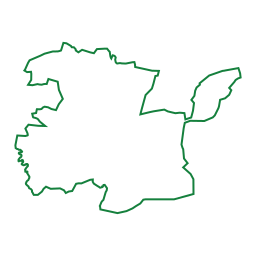 outline of Gaya, Kano, Nigeria
{"feature_id": "59680162B19536521240899", "entity_name": "Gaya", "entity_type": "district", "adm_level": 2, "iso_a3": "NGA", "parent_name": "Nigeria", "parent_adm1": "Kano", "projection": "albers", "projection_center": [8.975, 11.819], "detail": "fine", "context": "isolated", "style": "outline", "palette": "green", "viewbox_px": 256, "rotation_deg": 0, "n_neighbors": 0, "source": "geoboundaries", "source_scale": "gbopen_adm2", "svg_char_len": 4200}
<svg xmlns="http://www.w3.org/2000/svg" viewBox="0 0 256 256"><path d="M29.6,60.3L28.1,62.8L25.1,69.5L24.4,70.5L27.1,72.1L31.0,71.8L31.3,73.8L31.2,79.9L28.1,84.8L32.5,85.2L37.5,84.1L39.4,84.5L41.7,84.7L43.8,84.1L45.8,83.9L46.7,84.0L48.4,79.0L56.3,81.3L57.7,81.7L58.9,89.9L62.8,98.9L58.8,104.2L56.0,110.1L51.4,109.0L48.1,107.3L44.6,106.7L42.9,107.5L41.5,109.0L39.8,109.3L36.9,109.2L36.8,109.5L36.1,113.0L32.2,113.7L33.0,117.0L33.3,117.4L35.3,117.9L36.7,118.4L37.9,119.1L39.9,121.7L45.2,126.0L38.3,125.8L28.5,124.7L27.6,125.8L27.1,126.5L26.2,127.5L25.4,128.6L27.5,133.3L27.8,135.1L27.6,135.4L26.1,135.8L25.4,136.0L17.3,135.5L15.4,145.3L15.7,148.1L16.2,148.4L16.7,148.8L17.2,149.0L17.7,149.0L18.0,149.2L18.4,149.4L18.7,149.6L18.9,149.8L19.1,149.8L19.6,149.8L20.3,149.8L20.8,150.2L21.4,150.8L21.6,151.1L21.8,151.2L22.0,151.4L22.1,151.6L22.0,151.8L21.8,152.0L21.6,152.0L21.2,152.0L20.9,152.1L20.5,152.2L20.2,152.4L19.9,152.4L19.5,152.4L19.3,152.5L19.1,152.6L18.9,152.8L18.8,153.3L18.9,153.6L19.3,153.7L19.4,153.9L19.7,154.2L20.0,154.3L20.3,154.5L20.6,154.5L20.9,154.6L21.2,154.6L21.3,154.9L21.5,155.3L21.5,155.9L21.3,156.6L21.0,157.0L20.5,157.4L19.9,157.7L19.7,158.0L19.4,158.5L18.7,159.3L18.5,159.8L18.5,160.3L18.6,160.7L18.5,161.0L18.8,161.3L19.1,161.2L19.5,160.9L20.0,160.8L20.5,160.8L21.2,160.8L21.6,160.9L21.8,160.6L21.9,160.2L22.1,159.9L22.4,160.0L22.7,160.1L22.8,160.4L23.0,160.7L23.1,161.1L23.2,161.6L23.1,162.1L22.7,162.6L22.4,163.0L22.1,163.2L22.0,163.6L21.8,163.8L21.7,164.1L21.8,164.4L22.1,164.5L22.3,164.6L22.8,164.9L23.3,165.2L23.7,165.2L24.3,165.1L24.8,164.9L25.1,164.8L25.3,164.6L25.3,164.4L25.5,164.3L25.8,164.6L26.1,164.6L26.3,164.5L26.7,164.3L26.8,164.0L27.2,164.0L27.6,164.3L27.9,164.7L27.9,166.0L27.6,166.4L26.9,167.1L26.2,167.9L25.8,168.8L25.2,169.3L25.1,169.7L25.2,170.3L25.4,171.0L25.3,171.6L25.6,171.7L26.0,171.6L26.6,171.5L27.3,171.6L27.5,172.0L27.3,172.6L27.0,172.8L29.4,176.7L29.3,177.3L29.4,177.8L29.1,178.2L28.8,178.9L28.6,179.5L28.2,180.2L27.5,180.6L27.1,181.0L26.5,181.7L26.3,182.7L25.9,183.1L25.9,183.7L26.1,184.3L26.7,184.9L27.2,185.4L27.8,185.9L28.5,186.5L28.7,187.0L29.0,187.9L29.3,188.3L29.8,188.5L30.8,189.0L31.6,189.8L32.0,190.5L32.0,191.2L32.0,191.8L32.6,192.6L33.3,194.1L33.8,194.9L37.8,194.9L41.9,191.6L43.6,188.8L46.0,186.7L50.7,188.8L60.1,188.4L64.0,190.3L65.8,193.0L68.8,191.5L72.2,191.0L73.9,187.9L76.1,183.8L78.7,183.3L81.4,183.4L88.2,180.6L90.2,179.8L92.8,179.5L92.7,181.7L93.8,183.6L97.3,185.9L99.0,186.9L100.1,187.7L100.9,187.5L102.3,187.1L102.2,186.5L102.8,186.4L103.2,186.0L103.3,185.4L103.5,185.0L104.7,184.9L106.6,187.6L107.0,188.2L106.9,189.1L106.7,190.4L105.7,192.1L103.4,199.9L103.0,200.3L102.6,200.6L102.5,200.8L102.1,201.2L101.6,201.9L101.3,202.4L101.0,203.2L100.5,204.4L100.2,205.2L99.8,206.0L100.0,206.4L100.1,206.7L100.4,209.4L117.5,213.1L126.5,211.1L132.5,208.4L136.1,206.0L140.3,203.5L143.3,199.7L145.7,199.3L174.2,199.3L193.5,194.0L193.4,179.2L190.6,174.0L183.2,167.4L187.6,163.2L184.0,158.5L183.2,149.2L182.5,147.8L181.5,144.6L183.7,128.1L184.8,122.8L190.2,120.8L204.3,121.0L212.8,117.4L214.8,115.4L218.4,108.2L219.0,106.3L220.1,99.8L225.1,98.3L229.2,94.8L231.3,90.2L229.2,87.9L234.3,82.0L235.6,80.0L238.1,78.4L240.6,77.5L240.1,73.3L238.4,68.1L225.1,70.5L224.2,70.7L222.5,70.9L209.2,75.5L199.6,83.3L199.9,84.7L196.6,87.5L195.2,90.7L194.4,95.8L194.2,96.1L191.4,99.9L194.0,103.0L193.0,110.7L191.2,117.5L185.4,119.4L184.4,113.1L179.7,112.7L175.4,113.2L172.8,112.6L170.7,112.1L167.8,111.4L164.3,109.6L153.7,111.3L149.9,112.1L140.4,114.4L140.8,112.7L142.0,108.1L145.6,95.0L151.9,88.6L153.4,83.8L154.3,80.3L155.4,76.0L157.7,75.6L158.9,70.9L152.0,70.7L135.2,67.0L135.2,66.4L135.0,65.8L135.1,64.9L134.4,62.1L132.7,62.2L126.1,63.5L124.3,63.5L121.7,63.4L120.8,63.2L119.7,63.1L117.2,63.5L116.7,63.3L116.2,62.8L115.7,62.1L115.5,61.2L115.2,59.6L115.7,57.5L115.0,56.3L113.9,55.6L112.8,55.3L111.6,57.7L111.3,58.5L110.9,57.9L110.4,56.3L109.7,51.7L108.8,50.9L107.1,48.7L104.0,48.7L96.9,49.1L93.9,53.2L90.3,52.4L82.1,49.8L78.4,52.3L78.1,52.1L75.8,50.5L75.7,49.3L73.9,47.3L71.7,47.2L71.0,46.0L66.5,43.3L63.4,42.9L61.5,49.0L61.0,50.5L59.5,51.0L58.7,51.2L57.8,51.4L52.7,51.5L44.5,53.7L40.4,55.7L29.6,60.3Z" fill="none" stroke="#15803d" stroke-width="2"/></svg>